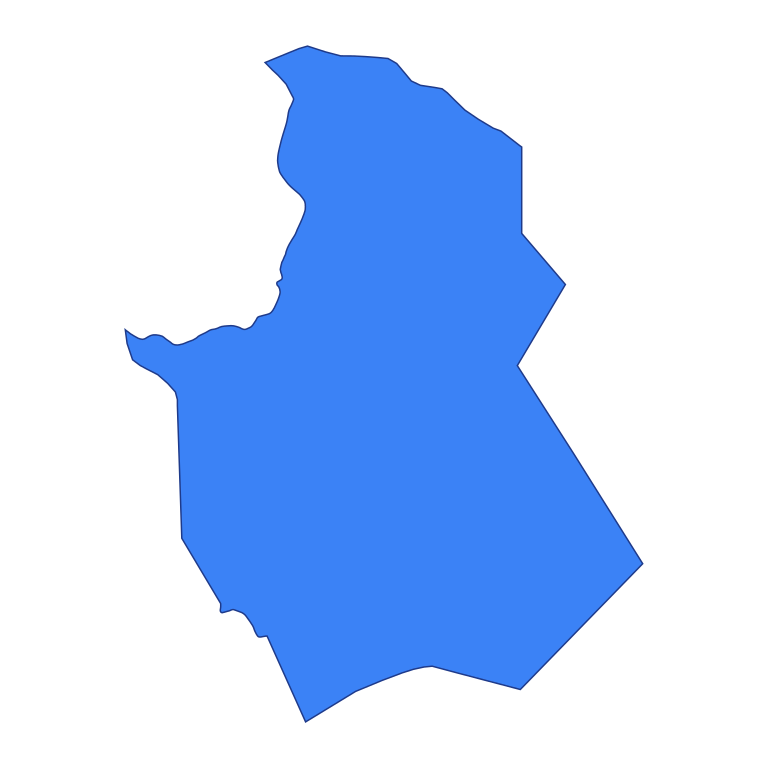 Langue, Valle, Honduras (orthographic projection)
{"feature_id": "27666195B29831378343973", "entity_name": "Langue", "entity_type": "district", "adm_level": 2, "iso_a3": "HND", "parent_name": "Honduras", "parent_adm1": "Valle", "projection": "orthographic", "projection_center": [-87.663, 13.662], "detail": "fine", "context": "isolated", "style": "filled", "palette": "blue", "viewbox_px": 768, "rotation_deg": 0, "n_neighbors": 0, "source": "geoboundaries", "source_scale": "gbopen_adm2", "svg_char_len": 6067}
<svg xmlns="http://www.w3.org/2000/svg" viewBox="0 0 768 768"><path d="M307.5,46.1L299.0,48.6L288.2,53.0L265.1,62.5L272.7,70.3L278.0,75.2L286.2,84.2L292.5,96.4L292.9,97.0L293.3,97.9L293.4,98.2L293.5,98.5L293.6,99.0L293.6,99.3L293.5,99.7L293.4,100.0L293.2,100.7L292.9,101.5L292.6,102.2L291.1,105.7L290.5,106.9L289.8,108.2L289.5,108.9L289.2,109.6L289.0,110.2L288.7,111.4L288.4,112.6L288.1,114.5L287.8,116.5L287.6,117.5L287.1,120.3L286.7,122.2L286.5,122.9L286.2,124.1L285.4,126.8L283.1,134.2L282.6,135.9L282.1,137.6L281.2,140.8L280.4,144.1L280.1,145.3L279.8,146.5L279.2,149.1L278.6,151.8L278.3,153.4L278.0,155.3L277.9,156.3L277.8,157.4L277.7,158.7L277.7,159.4L277.6,160.0L277.6,160.8L277.7,161.7L277.7,162.3L278.0,164.4L278.3,166.5L278.6,167.9L278.8,168.7L279.2,170.3L279.4,171.1L279.6,171.6L279.7,172.0L280.1,172.8L280.7,173.9L281.3,174.8L282.4,176.4L283.1,177.5L284.0,178.6L286.4,181.8L287.2,182.8L288.0,183.8L289.4,185.3L290.0,185.9L290.6,186.5L291.9,187.7L295.0,190.4L297.1,192.2L298.6,193.5L299.3,194.1L299.9,194.7L300.7,195.7L302.0,197.3L302.9,198.5L303.5,199.4L303.9,200.0L304.3,200.6L304.5,201.1L304.6,201.3L304.7,201.7L304.9,202.2L305.0,202.5L305.1,203.1L305.2,203.7L305.3,204.1L305.3,204.7L305.3,205.5L305.4,206.6L305.3,208.1L305.3,209.1L305.2,209.7L305.0,210.8L304.7,211.8L304.4,212.7L304.0,214.0L303.1,216.3L302.2,218.7L300.4,222.8L298.0,228.0L297.1,229.9L296.6,231.3L295.8,233.1L295.4,234.1L295.1,234.6L294.6,235.5L293.3,237.6L292.2,239.3L289.3,244.2L288.7,245.4L288.1,246.6L287.6,247.7L287.3,248.4L286.8,249.8L286.4,250.9L286.0,252.1L285.9,252.7L285.7,253.6L285.6,254.0L285.5,254.5L285.3,254.9L284.9,255.7L284.3,256.9L284.1,257.4L282.9,260.3L282.6,260.9L282.1,261.8L281.8,262.4L281.7,262.9L281.6,263.3L281.1,265.3L280.7,267.1L280.3,269.1L280.3,269.3L280.3,269.7L280.3,269.9L280.4,270.2L280.7,271.5L280.9,272.5L281.5,274.1L281.7,274.7L281.8,275.3L282.0,276.1L282.2,276.9L282.2,277.4L282.2,277.7L282.2,278.0L282.1,278.4L282.0,278.7L281.8,279.1L281.6,279.4L281.3,279.6L280.8,280.0L279.4,280.8L277.5,281.9L277.3,282.0L277.1,282.3L277.0,282.5L276.9,282.7L276.9,283.0L276.8,283.4L276.8,283.7L276.9,284.1L277.0,284.5L277.1,284.9L277.3,285.2L277.5,285.5L278.0,286.0L278.3,286.3L278.6,286.7L278.8,287.0L279.0,287.5L279.2,287.9L279.4,288.4L279.7,289.2L279.8,289.9L279.9,290.4L280.0,290.9L280.1,291.6L280.1,292.2L280.1,292.7L280.0,293.2L279.9,293.8L279.7,294.6L279.4,295.7L278.9,297.2L278.5,298.3L278.2,299.2L277.2,301.6L275.8,304.7L275.1,306.2L274.6,307.2L274.1,308.3L273.7,308.8L273.2,309.8L272.9,310.2L272.4,311.0L272.1,311.3L271.7,311.8L271.3,312.3L270.8,312.7L270.3,313.1L269.8,313.4L269.4,313.6L269.0,313.8L267.8,314.2L265.7,314.8L263.3,315.4L260.1,316.3L259.6,316.4L259.2,316.5L258.6,316.8L258.2,317.0L257.7,317.3L257.5,317.6L257.2,317.9L257.0,318.3L256.3,319.6L255.8,320.5L253.6,323.8L253.1,324.6L252.8,325.0L252.3,325.6L251.9,326.0L251.6,326.4L251.2,326.7L250.9,326.9L250.6,327.1L249.3,327.8L248.5,328.1L247.5,328.6L246.4,329.1L245.6,329.3L245.1,329.4L244.9,329.4L244.6,329.4L244.2,329.4L243.9,329.4L243.2,329.2L242.5,329.0L241.8,328.7L241.1,328.4L240.3,327.9L239.6,327.6L238.6,327.2L237.3,326.8L236.4,326.5L235.1,326.2L233.9,325.9L232.8,325.8L231.6,325.7L230.2,325.7L229.1,325.8L227.1,325.9L225.9,326.0L224.6,326.1L222.6,326.4L222.0,326.5L221.5,326.6L220.7,326.9L220.3,327.0L219.7,327.2L218.7,327.7L217.8,328.1L216.7,328.5L216.1,328.7L215.1,329.0L214.1,329.2L213.4,329.3L212.2,329.5L211.6,329.6L211.0,329.8L210.2,330.1L209.7,330.3L208.8,330.8L206.4,332.2L205.1,332.9L203.6,333.6L200.9,334.9L199.7,335.5L199.0,335.9L198.7,336.1L198.2,336.4L197.8,336.8L196.9,337.6L196.3,338.1L195.9,338.3L195.5,338.6L195.1,338.8L193.9,339.5L192.8,340.1L192.3,340.3L191.5,340.6L188.7,341.6L187.4,342.1L184.8,343.2L182.9,343.9L182.3,344.1L180.8,344.4L179.3,344.8L178.5,344.9L177.6,345.0L176.9,345.0L176.0,344.9L175.5,344.9L174.8,344.8L174.2,344.6L173.5,344.4L172.9,344.1L172.5,343.9L172.1,343.6L171.5,343.2L170.8,342.5L170.4,342.2L169.4,341.5L166.8,339.7L165.6,338.8L163.8,337.3L163.2,336.9L162.7,336.5L162.3,336.3L161.9,336.1L161.1,335.9L160.2,335.6L159.0,335.3L158.2,335.2L157.6,335.1L156.9,335.0L156.2,334.9L154.9,334.9L154.3,334.9L153.4,334.9L152.7,335.0L152.1,335.2L151.5,335.3L150.9,335.5L149.9,335.9L149.3,336.2L147.8,337.0L147.0,337.5L146.3,337.9L145.5,338.4L144.9,338.7L144.5,338.9L144.0,339.0L143.6,339.1L143.1,339.2L142.5,339.3L142.3,339.3L141.7,339.2L141.1,339.1L140.5,339.0L140.1,338.9L138.9,338.5L138.3,338.3L138.0,338.2L136.8,337.5L134.8,336.4L133.1,335.4L131.7,334.5L131.1,334.2L130.2,333.6L128.5,332.2L127.1,331.2L126.0,330.4L125.3,329.8L127.1,343.5L132.6,359.8L140.2,365.5L146.3,368.8L157.8,374.7L167.6,383.3L175.4,392.0L177.4,399.6L177.4,405.7L181.8,538.3L220.6,603.4L220.7,604.1L220.7,605.2L220.7,605.8L220.7,606.7L220.6,607.8L220.3,609.8L220.3,610.1L220.3,610.4L220.3,610.9L220.4,611.2L220.5,611.4L220.6,611.6L220.7,611.8L220.8,612.0L221.0,612.2L221.2,612.4L221.4,612.5L221.7,612.6L221.9,612.6L222.1,612.7L222.3,612.7L222.6,612.6L223.8,612.3L224.3,612.2L227.1,611.4L229.4,610.8L229.9,610.6L230.5,610.3L231.0,610.1L231.7,609.8L232.6,609.6L233.1,609.6L233.3,609.6L233.7,609.6L234.2,609.8L235.9,610.4L238.4,611.3L241.1,612.3L241.8,612.6L242.4,612.9L242.8,613.2L243.3,613.5L243.7,613.8L244.1,614.1L244.7,614.6L245.1,615.0L245.8,615.8L246.5,616.7L248.2,619.1L249.8,621.3L251.5,623.9L252.5,625.4L253.1,626.6L253.5,627.4L253.8,628.2L254.4,630.0L254.9,631.2L255.5,632.4L256.2,633.8L256.8,634.8L257.2,635.4L257.6,636.0L258.0,636.4L258.2,636.5L258.4,636.7L258.6,636.8L259.0,636.9L259.5,637.0L259.8,637.0L260.3,637.0L260.9,637.0L261.3,636.9L263.4,636.5L265.3,636.2L265.7,636.1L266.1,636.1L267.1,636.1L305.6,721.9L355.6,691.4L381.9,680.5L402.1,672.9L413.4,669.3L424.0,667.0L432.2,666.2L458.7,673.3L520.3,689.5L642.7,563.7L574.0,454.2L517.3,365.6L565.4,284.5L521.7,233.4L521.7,147.0L519.7,145.6L501.0,131.1L493.3,128.2L478.4,119.3L464.9,110.1L454.5,100.0L447.3,92.8L442.1,88.8L434.9,87.5L420.4,85.3L411.3,81.0L406.1,74.7L396.7,63.5L388.0,58.5L377.6,57.5L365.4,56.6L353.7,56.0L340.7,55.9L325.1,51.8L307.5,46.1Z" fill="#3b82f6" stroke="#1e3a8a" stroke-width="1.5"/></svg>